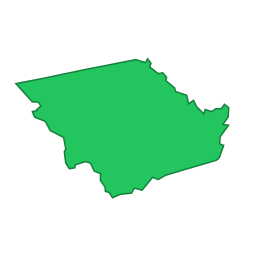 the district of Macon, North Carolina, United States of America, rotated 170°
{"feature_id": "52423323B76161354561754", "entity_name": "Macon", "entity_type": "district", "adm_level": 2, "iso_a3": "USA", "parent_name": "United States of America", "parent_adm1": "North Carolina", "projection": "robinson", "projection_center": [-83.41, 35.162], "detail": "fine", "context": "isolated", "style": "filled", "palette": "green", "viewbox_px": 256, "rotation_deg": 170, "n_neighbors": 0, "source": "geoboundaries", "source_scale": "gbopen_adm2", "svg_char_len": 1039}
<svg xmlns="http://www.w3.org/2000/svg" viewBox="0 0 256 256"><g transform="rotate(170 128 128)"><path d="M44.2,82.2L42.9,83.4L36.8,94.3L40.5,96.5L38.8,103.3L28.5,113.3L34.0,114.9L27.4,121.6L25.3,130.5L28.9,134.6L33.0,130.7L38.0,131.8L42.8,129.7L48.7,132.8L50.8,128.8L56.7,137.0L58.7,143.9L64.1,141.2L64.5,150.0L74.7,155.6L75.2,159.4L82.6,168.2L81.2,171.3L84.2,176.3L88.9,176.4L96.0,184.3L94.1,187.8L96.7,192.7L99.5,189.4L108.5,194.0L160.8,193.0L204.0,191.6L230.7,191.2L217.7,170.3L212.7,169.3L212.3,169.1L212.0,168.8L211.8,168.7L211.6,168.7L209.9,164.6L212.4,163.5L212.9,163.0L214.6,162.1L214.6,160.9L216.3,160.9L217.6,160.7L219.3,161.0L219.4,160.6L217.9,154.8L208.2,148.8L205.1,139.0L193.1,129.9L192.9,118.1L194.8,115.9L195.4,104.4L192.9,98.1L187.4,98.0L186.1,100.9L175.7,102.3L171.1,100.0L168.7,91.4L163.0,87.9L164.3,81.3L160.8,73.6L161.3,69.5L157.8,67.9L155.3,62.0L147.3,64.0L135.7,63.3L132.1,67.7L125.0,64.3L112.3,75.2L107.3,72.0L99.1,75.0L98.7,75.0L46.6,80.9L44.2,82.2Z" fill="#22c55e" stroke="#15803d" stroke-width="1.5"/></g></svg>